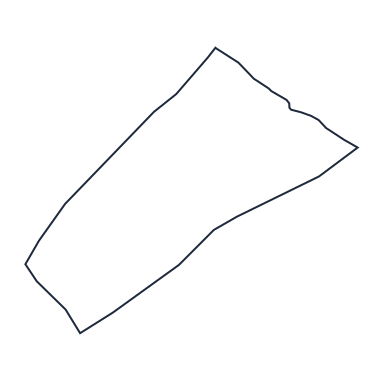 Balha, Tadjourah, Djibouti (orthographic projection), rotated 92°
{"feature_id": "41766387B97155389424645", "entity_name": "Balha", "entity_type": "district", "adm_level": 2, "iso_a3": "DJI", "parent_name": "Djibouti", "parent_adm1": "Tadjourah", "projection": "orthographic", "projection_center": [42.238, 11.898], "detail": "fine", "context": "isolated", "style": "outline", "palette": "slate", "viewbox_px": 384, "rotation_deg": 92, "n_neighbors": 0, "source": "geoboundaries", "source_scale": "gbopen_adm2", "svg_char_len": 539}
<svg xmlns="http://www.w3.org/2000/svg" viewBox="0 0 384 384"><g transform="rotate(92 192 192)"><path d="M141.8,28.0L134.5,41.9L123.4,60.2L115.7,67.9L111.7,75.8L110.0,81.2L108.5,85.9L106.3,95.8L104.3,97.6L100.0,97.9L96.7,100.7L88.4,116.2L85.8,119.0L76.6,134.2L74.9,135.9L61.1,150.1L47.6,172.9L47.0,173.6L57.3,181.1L94.6,211.1L113.2,232.8L208.3,318.4L246.1,343.3L270.0,356.0L286.7,344.0L313.9,314.2L337.0,298.9L315.2,266.8L265.3,202.5L229.1,168.8L215.1,146.3L172.0,65.6L141.8,28.0Z" fill="none" stroke="#1e293b" stroke-width="2"/></g></svg>